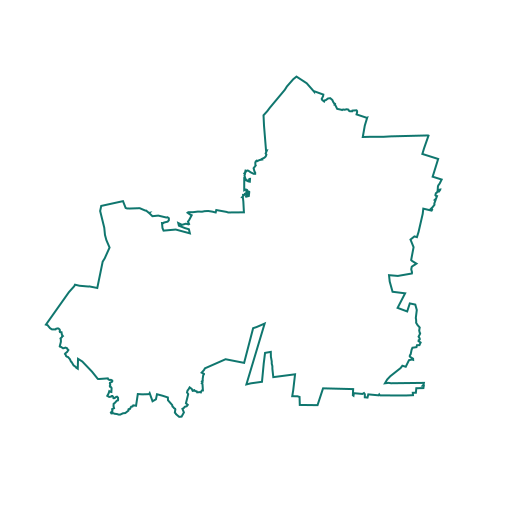 outline of Santa Cruz de Juventino Rosas, Guanajuato, Mexico, rotated 282°
{"feature_id": "50627088B19431781026886", "entity_name": "Santa Cruz de Juventino Rosas", "entity_type": "district", "adm_level": 2, "iso_a3": "MEX", "parent_name": "Mexico", "parent_adm1": "Guanajuato", "projection": "albers", "projection_center": [-101.006, 20.683], "detail": "fine", "context": "isolated", "style": "outline", "palette": "teal", "viewbox_px": 512, "rotation_deg": 282, "n_neighbors": 0, "source": "geoboundaries", "source_scale": "gbopen_adm2", "svg_char_len": 6016}
<svg xmlns="http://www.w3.org/2000/svg" viewBox="0 0 512 512"><g transform="rotate(282 256 256)"><path d="M252.1,101.7L245.2,103.9L240.5,106.3L233.8,111.0L222.2,108.5L218.6,107.2L191.7,107.4L191.6,99.2L191.3,98.5L190.2,89.6L190.3,84.9L188.7,84.5L181.7,80.5L145.2,64.8L145.0,66.5L142.6,69.5L141.8,71.6L142.5,75.2L143.2,75.5L143.9,76.9L144.0,77.9L143.4,79.0L142.7,79.6L141.3,79.7L140.8,80.1L141.0,81.6L138.7,82.5L137.6,83.7L137.0,83.0L136.2,83.0L134.7,81.9L133.7,82.5L131.5,83.0L126.8,82.8L126.5,83.3L126.6,84.0L125.6,86.5L126.8,88.8L126.4,90.5L125.6,91.0L125.0,92.0L122.9,91.2L121.2,89.8L120.5,89.5L119.6,90.5L118.7,91.0L118.2,91.9L118.1,93.1L116.4,95.4L114.2,97.0L114.0,97.6L111.1,100.3L110.0,102.8L109.4,103.3L108.7,105.1L118.4,103.3L116.7,108.0L108.8,119.6L102.9,126.8L103.0,127.9L105.5,136.5L104.7,137.1L104.3,138.4L104.7,139.9L104.3,141.3L103.6,141.5L102.9,141.2L101.6,139.5L101.1,139.5L99.5,140.3L98.5,140.0L97.8,140.3L97.7,141.3L96.8,142.2L92.9,142.8L92.9,141.9L93.3,140.6L91.0,140.4L88.3,139.6L87.6,141.7L88.4,143.6L89.0,143.9L89.2,144.7L87.9,146.1L87.3,146.2L87.3,146.5L87.6,147.2L89.2,148.6L89.5,149.4L88.7,150.5L86.8,151.0L86.1,151.0L85.5,149.9L83.0,148.5L81.9,147.5L79.6,147.8L77.6,148.8L76.3,147.1L74.6,147.8L74.1,147.7L74.1,147.4L72.7,146.6L72.1,147.1L72.4,147.7L72.1,147.9L72.6,149.1L72.3,150.3L72.5,152.9L72.3,154.7L72.6,156.1L74.5,158.6L75.2,160.8L78.3,163.4L79.3,163.1L79.7,163.2L80.3,164.6L82.2,165.0L82.8,165.4L83.1,166.5L84.4,167.0L84.6,169.8L96.4,169.1L97.0,173.4L98.4,179.2L98.8,180.2L99.7,180.5L92.4,185.0L95.0,187.9L100.2,187.9L99.9,193.6L99.3,199.2L96.6,199.9L92.8,205.0L91.4,205.6L90.9,206.6L90.1,207.5L89.7,208.7L89.2,209.0L85.9,209.2L85.2,210.3L84.7,210.6L82.7,214.3L83.4,216.6L88.0,218.0L91.2,215.8L92.2,216.9L93.7,217.7L94.6,219.4L96.2,220.2L97.4,218.1L106.8,218.4L108.2,216.9L110.2,217.0L111.5,217.7L113.7,218.4L112.6,220.8L110.9,222.1L111.1,222.7L111.8,223.1L112.0,223.5L111.2,224.6L111.3,226.1L110.4,226.8L111.3,229.7L111.1,230.4L113.0,230.9L113.3,231.1L113.5,232.0L119.6,230.3L120.2,229.4L121.5,230.0L121.9,229.9L122.2,229.2L123.3,229.8L124.5,229.4L127.7,229.2L128.6,229.2L129.6,229.7L129.9,229.6L130.6,227.1L133.6,228.8L135.5,229.4L148.7,247.7L149.0,266.6L184.8,268.2L186.6,271.3L191.7,278.5L128.4,273.3L130.4,277.5L134.2,288.0L152.5,285.9L163.1,285.0L165.3,290.4L160.6,291.5L156.2,293.3L153.9,293.8L151.7,294.9L149.0,295.5L141.1,298.1L148.4,318.8L132.5,320.3L126.4,320.6L127.4,325.7L127.2,327.9L119.4,329.8L122.9,347.2L140.5,349.1L146.0,378.7L139.9,379.7L139.6,380.4L141.0,380.3L142.2,380.6L143.2,388.8L144.4,390.1L143.4,391.2L140.4,391.8L140.7,394.5L144.0,394.6L145.2,404.9L146.2,405.3L145.7,405.8L145.5,406.6L150.7,431.5L152.5,438.5L154.8,437.8L155.5,440.8L160.0,440.3L161.6,447.2L164.0,447.1L163.8,446.0L164.9,446.6L166.8,446.6L159.6,414.5L159.5,412.1L158.3,408.6L162.5,410.0L166.4,412.4L176.4,420.7L179.1,422.0L178.8,425.5L185.9,427.3L187.2,430.1L187.1,431.3L188.2,431.0L189.4,427.7L189.9,427.2L190.9,427.2L192.1,427.7L196.7,427.7L198.8,428.1L200.2,431.9L202.2,432.0L202.8,434.4L205.6,435.0L206.5,432.7L207.4,432.6L208.3,433.4L208.8,433.5L209.7,433.0L210.9,431.8L214.2,432.7L214.5,432.6L214.5,432.3L217.1,431.1L220.1,431.0L222.0,428.4L224.0,426.5L225.4,426.3L227.7,425.6L228.5,425.2L236.6,424.5L241.6,421.9L241.6,416.3L233.2,415.4L234.7,405.3L250.5,409.6L249.4,397.0L258.8,392.1L264.9,390.1L266.0,398.9L271.3,412.1L272.5,412.0L275.3,410.6L278.0,410.6L281.9,414.5L283.6,409.7L284.3,408.6L297.4,408.3L304.2,403.7L308.1,406.9L307.9,409.5L313.3,410.0L331.9,410.3L337.1,409.8L336.9,418.3L338.0,418.7L338.4,418.4L338.6,417.3L340.5,418.6L343.2,419.9L344.5,419.5L348.0,420.0L348.1,419.2L349.6,420.2L352.2,420.6L352.2,419.6L352.8,418.8L354.8,418.9L355.6,419.7L356.7,420.0L356.7,420.6L357.3,420.9L357.2,421.6L359.1,422.4L359.3,422.4L358.2,420.0L361.8,419.5L362.9,419.6L365.1,420.6L369.4,421.7L370.3,412.3L388.8,414.0L390.4,397.5L396.3,398.0L409.6,399.7L409.7,399.2L401.0,362.8L399.2,356.3L396.1,341.9L394.6,335.7L406.2,335.3L414.4,336.0L414.2,335.7L415.4,324.9L417.8,325.0L418.8,324.7L419.4,324.0L418.3,320.1L417.6,320.0L417.1,317.7L417.4,316.7L418.4,315.9L418.4,314.2L417.5,312.3L417.4,310.7L416.7,309.9L416.8,309.7L416.8,304.8L420.2,302.1L420.3,301.4L421.3,301.6L421.7,300.5L422.6,299.6L424.5,298.2L425.8,295.8L425.0,293.6L423.0,291.9L422.4,290.7L421.3,290.5L422.3,288.4L423.3,287.6L426.3,288.4L427.9,288.3L429.3,278.3L429.0,278.4L435.5,269.7L439.9,258.3L436.7,255.7L428.3,251.0L424.5,249.6L403.9,238.7L400.0,236.9L395.2,234.1L385.3,236.7L361.2,243.9L361.5,244.7L358.3,244.1L357.3,245.1L355.4,244.8L353.9,243.8L352.1,241.5L351.6,241.9L350.6,239.5L349.0,237.4L349.4,236.9L348.5,236.1L347.1,235.9L344.9,236.5L344.5,236.9L341.4,235.4L338.6,236.8L337.3,237.9L336.2,238.1L335.9,236.7L336.7,233.5L337.8,230.8L337.9,230.0L337.3,229.2L337.4,228.0L335.6,227.9L335.7,228.2L334.4,227.4L334.0,228.2L332.4,228.0L330.2,229.1L328.6,230.2L327.9,232.3L328.0,233.1L330.0,233.5L330.2,234.1L327.4,234.5L327.4,232.9L327.8,231.4L328.2,229.4L328.8,228.5L317.9,230.8L318.9,232.0L318.9,232.9L318.7,233.6L317.5,234.5L317.4,235.9L316.8,236.0L317.1,234.2L317.7,233.6L317.5,233.1L317.0,233.3L316.1,233.2L315.8,233.5L315.7,234.1L316.0,234.8L315.8,235.5L316.2,236.2L313.2,236.5L311.6,233.3L313.8,235.4L314.8,235.5L314.5,234.0L314.1,233.4L314.3,232.2L313.6,232.2L313.4,232.0L313.1,230.7L312.2,231.0L310.7,230.3L310.8,230.9L306.6,232.3L296.2,235.1L292.8,219.7L293.0,218.0L292.7,207.6L290.2,207.5L290.3,204.0L290.1,200.0L289.2,196.5L288.1,194.0L287.4,190.0L285.8,185.4L284.8,180.7L284.1,180.1L282.9,182.8L282.5,184.6L277.2,183.1L275.5,182.3L273.3,183.9L272.9,183.5L273.0,180.7L271.1,177.1L272.1,173.1L269.6,174.3L268.5,180.8L268.2,184.8L264.4,186.6L265.2,172.0L261.6,160.3L263.9,158.7L268.7,157.2L268.9,158.6L269.6,159.0L271.2,162.4L272.8,163.3L274.8,162.9L275.5,161.4L275.0,160.3L275.2,152.0L273.4,146.4L275.8,142.6L276.1,142.8L275.9,142.3L277.6,139.1L277.4,138.4L278.6,132.3L276.2,122.7L275.7,119.9L275.9,118.5L282.0,114.5L272.8,94.2L267.6,94.2L252.1,101.7Z" fill="none" stroke="#0f766e" stroke-width="2"/></g></svg>